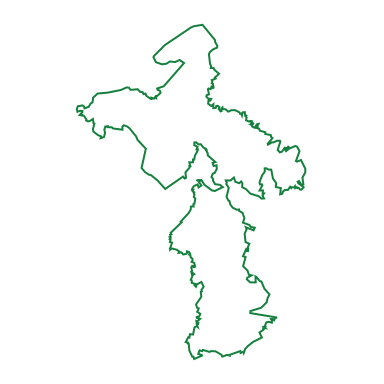 the district of Tantima, Veracruz, Mexico, rotated 89°
{"feature_id": "50627088B30686520493878", "entity_name": "Tantima", "entity_type": "district", "adm_level": 2, "iso_a3": "MEX", "parent_name": "Mexico", "parent_adm1": "Veracruz", "projection": "mercator", "projection_center": [-97.751, 21.414], "detail": "fine", "context": "isolated", "style": "outline", "palette": "green", "viewbox_px": 384, "rotation_deg": 89, "n_neighbors": 0, "source": "geoboundaries", "source_scale": "gbopen_adm2", "svg_char_len": 6060}
<svg xmlns="http://www.w3.org/2000/svg" viewBox="0 0 384 384"><g transform="rotate(89 192 192)"><path d="M104.3,304.7L107.2,305.7L109.8,305.1L108.9,302.7L109.1,300.2L110.2,300.2L113.1,303.0L113.6,300.7L112.9,300.6L114.1,298.6L117.8,296.3L118.6,296.6L119.6,294.9L119.3,293.0L117.3,289.8L121.4,289.3L121.9,288.4L127.1,289.9L129.8,289.6L133.5,285.0L134.8,281.9L136.6,282.4L135.5,279.0L131.3,277.9L128.2,278.6L125.0,277.5L124.8,275.0L125.7,275.2L125.9,271.0L127.1,269.9L128.5,260.4L125.5,260.5L124.1,259.1L125.5,255.4L127.2,253.4L135.3,247.0L139.1,245.4L147.9,237.4L167.1,242.0L171.3,238.6L174.0,234.7L174.3,232.8L179.9,226.2L188.5,218.7L176.4,200.7L178.4,199.1L177.8,197.8L172.2,198.2L167.6,194.0L166.1,194.2L166.1,193.2L162.3,194.2L162.3,190.5L159.5,190.4L159.6,189.2L155.6,188.4L150.3,185.4L149.5,185.4L149.4,186.7L146.9,185.7L145.2,188.9L142.6,188.8L142.3,187.2L144.5,184.7L144.4,182.3L147.7,179.9L149.2,177.1L149.9,176.8L149.9,177.6L153.5,175.6L155.7,175.6L162.5,168.1L163.3,170.9L166.4,169.9L165.7,167.0L169.3,166.8L173.3,169.0L174.0,170.9L177.3,172.3L179.4,170.6L181.0,170.8L184.6,168.8L185.3,164.0L187.6,161.1L191.4,169.2L190.8,171.9L185.0,179.5L180.2,182.4L180.2,187.3L181.6,184.4L182.0,184.9L185.7,182.5L187.5,185.4L184.5,186.2L186.0,189.8L188.0,191.4L189.6,192.0L189.7,190.7L190.9,191.5L192.3,189.8L192.9,190.4L194.7,189.6L196.9,190.3L198.7,188.8L203.8,189.8L204.3,190.9L206.5,190.6L206.5,193.3L209.5,193.6L212.8,195.6L221.5,203.8L222.1,202.9L232.5,214.1L233.9,213.4L234.4,214.6L236.3,214.2L236.7,215.1L237.4,214.3L238.7,215.1L239.0,214.2L241.5,215.0L242.2,212.8L248.2,215.0L248.2,214.2L249.0,214.4L248.1,213.2L249.4,208.4L251.3,205.7L252.6,206.4L252.2,203.6L254.3,201.9L253.9,199.1L252.7,197.9L251.3,198.0L251.9,196.1L253.2,195.2L254.5,196.0L254.8,194.8L257.3,194.4L258.8,192.7L260.4,192.6L261.8,193.6L263.0,191.0L266.3,190.3L266.1,191.3L267.1,191.1L267.1,191.9L266.0,193.2L267.4,194.1L270.9,193.3L271.8,194.2L274.1,191.2L274.8,192.4L274.4,193.5L276.2,193.1L279.8,194.8L280.4,193.8L282.9,193.8L284.1,189.9L285.2,191.1L286.8,189.7L284.5,188.8L282.1,184.2L286.8,182.0L290.3,184.3L291.6,183.9L292.0,185.0L296.9,184.5L304.5,189.9L307.7,189.0L308.5,187.3L311.9,188.9L314.0,185.8L316.4,186.9L317.2,189.5L318.0,189.3L319.0,186.1L321.5,189.0L321.1,189.9L322.5,189.7L323.1,187.9L324.2,188.2L324.4,189.5L327.0,188.7L326.2,189.6L327.3,191.9L334.5,193.4L334.2,196.6L337.5,197.1L337.1,198.2L341.9,200.9L342.5,198.6L343.4,198.9L343.8,197.9L350.6,197.4L356.7,194.6L356.7,193.5L359.0,192.8L355.8,184.9L355.1,185.1L354.0,188.6L350.5,187.2L351.3,184.6L350.1,183.9L352.2,177.2L351.4,175.8L351.7,171.3L355.2,165.5L357.1,164.5L355.5,159.9L356.2,157.4L355.6,157.6L351.9,146.4L353.8,146.2L352.6,143.3L353.7,143.0L349.9,141.6L347.0,138.8L342.9,133.5L338.7,124.7L333.6,127.0L331.4,123.5L329.9,123.2L330.3,122.6L329.1,122.2L329.3,121.2L328.0,122.6L327.7,120.8L326.5,121.2L323.7,120.0L323.1,117.2L324.1,114.5L322.0,114.2L320.4,115.2L320.4,113.4L321.7,112.2L319.3,111.0L319.0,109.1L314.1,135.8L312.1,135.7L309.0,125.1L307.7,123.5L303.5,119.2L299.4,118.3L295.7,116.3L290.0,121.3L282.8,124.1L282.2,125.8L278.0,129.2L277.6,130.0L283.5,129.9L283.4,135.3L280.3,138.7L278.7,138.2L276.4,133.8L275.8,136.5L271.5,137.9L267.1,142.2L258.0,139.6L257.1,142.1L250.6,139.1L252.1,138.1L252.1,137.1L249.7,136.8L249.7,137.8L244.7,135.6L243.0,139.3L234.7,140.1L230.0,138.0L228.2,138.8L231.4,131.1L228.8,129.9L227.9,133.8L226.0,135.1L223.5,141.6L219.1,140.1L213.8,141.8L211.6,145.3L210.3,145.3L210.5,147.5L208.4,151.6L205.2,153.9L201.5,154.8L201.2,155.8L197.5,157.5L188.5,155.2L184.6,157.6L183.3,157.1L181.0,158.0L181.2,153.4L178.3,149.9L182.6,148.4L184.0,144.6L182.3,142.7L184.1,141.5L188.0,141.8L189.9,138.2L194.7,133.6L197.4,125.4L199.8,122.7L199.7,120.1L197.0,121.5L194.7,120.1L194.8,121.4L191.7,121.0L191.7,124.4L186.3,121.5L185.5,122.1L185.6,123.9L183.3,124.3L176.4,121.5L173.0,118.9L169.6,118.9L169.6,117.3L171.0,114.9L171.0,112.4L180.0,110.8L184.5,107.7L188.5,108.1L189.6,103.1L195.9,103.9L195.3,101.7L193.5,101.3L191.6,99.2L191.6,96.1L188.5,93.8L189.8,92.8L189.0,92.2L189.2,89.7L188.1,89.0L189.9,88.7L188.9,87.3L189.9,86.7L189.7,85.4L191.5,83.8L191.5,82.5L189.1,80.3L185.1,85.5L183.6,86.2L182.9,84.9L186.7,82.4L186.4,80.5L179.5,81.3L174.4,78.4L170.7,78.3L161.9,82.5L163.5,86.4L162.9,87.5L153.2,83.8L148.5,86.1L147.8,87.8L149.9,93.1L148.4,95.1L149.7,95.9L150.8,94.7L152.8,97.3L151.5,98.1L149.8,96.5L149.3,98.5L153.3,101.4L153.9,103.5L151.4,105.6L143.1,102.8L142.3,103.2L142.2,106.0L143.9,109.9L143.7,111.2L146.0,115.2L145.2,115.5L139.5,110.6L138.4,111.9L136.4,112.3L135.3,117.7L133.5,117.6L131.9,123.1L129.9,123.8L129.1,126.4L128.3,125.2L126.9,125.4L125.1,124.3L125.4,125.9L128.9,128.3L127.5,130.8L126.4,130.7L125.8,131.7L125.7,130.2L124.7,129.6L123.5,130.5L123.8,131.6L122.3,130.9L121.9,132.6L122.6,133.8L121.2,136.7L118.3,136.1L117.3,137.2L116.5,136.5L116.2,137.5L113.1,137.8L113.3,140.0L116.4,140.7L114.4,141.5L114.6,142.6L113.2,143.2L111.0,147.3L110.9,151.2L112.3,154.3L109.9,157.0L109.6,159.9L108.0,160.1L109.0,161.1L111.6,161.0L111.9,162.0L109.6,163.8L107.7,163.1L106.2,164.9L106.5,166.3L108.3,166.7L108.6,168.7L108.5,169.3L104.6,169.1L106.3,171.3L104.0,174.3L101.1,174.0L100.9,172.1L99.2,171.2L99.1,173.9L96.9,176.0L95.4,175.6L94.7,173.3L89.5,174.3L88.8,173.7L89.5,171.5L87.1,170.7L88.5,169.3L88.1,168.6L84.3,169.2L83.6,170.4L81.8,169.7L80.5,170.3L79.0,166.4L77.9,167.1L74.3,162.9L70.3,167.4L68.5,168.2L68.3,171.1L66.6,170.6L64.4,171.7L54.3,172.7L52.4,171.6L49.6,168.2L48.1,164.4L46.4,164.1L42.5,166.2L40.4,166.4L25.0,178.6L26.3,187.3L27.5,190.2L44.5,216.4L55.3,227.6L56.6,228.2L61.6,225.8L63.8,219.7L63.3,215.4L61.1,211.8L61.8,206.7L59.8,202.1L62.9,197.7L85.8,218.4L87.9,225.0L89.2,224.7L90.1,222.4L92.2,221.7L95.2,224.8L95.4,226.4L97.5,226.2L96.7,227.4L98.0,228.4L97.0,230.9L98.3,230.9L98.2,231.7L94.9,236.1L92.8,236.8L93.3,238.8L91.3,239.6L90.9,242.2L88.3,244.5L88.8,251.6L86.6,253.3L86.3,255.5L88.8,261.5L91.2,274.6L91.9,284.6L95.9,289.2L100.6,289.9L101.8,291.8L105.0,293.8L106.5,298.0L104.8,298.3L103.5,300.0L104.3,304.7Z" fill="none" stroke="#15803d" stroke-width="2"/></g></svg>